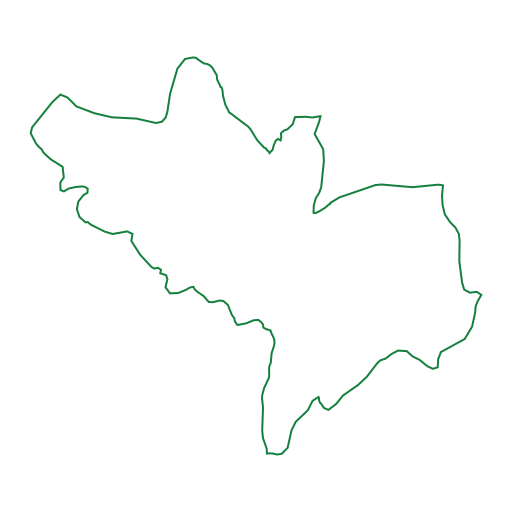 map outline of Kogi (orthographic projection)
{"feature_id": "NGA-2865", "entity_name": "Kogi", "entity_type": "State", "adm_level": 1, "iso_a3": "NGA", "parent_name": "Nigeria", "parent_adm1": "", "projection": "orthographic", "projection_center": [6.621, 7.634], "detail": "fine", "context": "isolated", "style": "outline", "palette": "green", "viewbox_px": 512, "rotation_deg": 0, "n_neighbors": 0, "source": "natural_earth", "source_scale": "10m", "svg_char_len": 2644}
<svg xmlns="http://www.w3.org/2000/svg" viewBox="0 0 512 512"><path d="M443.0,185.4L442.0,195.8L442.6,205.3L444.8,214.3L450.1,222.2L455.3,227.4L458.8,233.8L459.6,240.3L459.3,261.1L462.1,282.6L464.2,289.6L470.0,292.7L476.8,291.8L481.3,294.9L477.7,301.2L475.6,306.5L475.2,312.2L472.1,326.6L464.7,339.0L441.0,352.0L438.2,359.1L437.7,367.3L432.9,368.8L427.2,366.1L419.5,359.8L412.7,356.5L406.7,351.1L398.0,350.6L391.5,354.0L385.8,358.5L380.2,360.4L377.0,363.5L366.8,376.8L357.9,385.1L343.0,395.5L336.3,403.8L328.4,409.9L323.9,407.9L321.1,403.7L319.9,402.6L319.0,400.0L319.0,398.4L318.5,397.0L312.6,400.8L307.8,410.3L295.7,421.8L291.5,430.4L287.6,447.9L281.7,453.8L277.2,454.5L272.5,453.5L268.5,453.3L266.9,453.6L266.9,451.1L266.6,448.4L263.0,438.2L262.2,430.6L263.0,407.6L262.0,398.1L262.2,395.1L264.1,388.1L268.8,378.1L269.2,376.5L269.1,368.6L269.2,366.8L270.8,362.5L271.6,353.2L273.8,346.6L274.5,343.3L274.3,339.8L273.8,338.2L270.9,332.0L270.6,330.5L265.9,329.0L263.4,327.6L263.0,324.5L261.0,322.0L258.3,319.9L253.5,320.3L246.3,323.3L237.4,325.0L235.0,321.6L234.3,318.2L231.9,315.0L227.9,305.0L223.4,301.0L219.7,300.5L212.9,302.2L208.8,302.0L203.8,296.2L197.8,292.1L195.2,289.9L193.3,286.8L189.9,287.5L186.3,289.7L178.0,293.1L169.9,293.3L165.5,287.2L167.4,279.3L166.1,275.2L160.3,273.3L161.0,269.8L158.0,267.8L154.4,268.6L151.4,266.9L140.2,254.8L131.3,240.9L132.5,233.9L127.1,231.4L112.7,234.0L104.7,231.6L90.7,224.6L87.8,222.1L85.4,222.3L79.5,217.0L76.9,209.2L78.3,201.6L83.4,195.1L87.4,192.8L87.7,188.8L85.1,186.9L81.8,186.4L75.2,187.1L68.7,188.5L63.9,191.4L60.5,190.1L60.3,182.5L63.8,177.5L62.6,166.8L50.7,159.3L43.5,152.7L41.7,149.4L38.6,146.6L36.0,143.5L30.7,133.3L32.1,127.4L52.5,101.9L60.4,94.6L67.5,97.5L76.4,106.4L94.3,113.2L111.8,117.3L136.5,118.6L156.0,123.0L161.9,121.8L165.6,117.5L167.3,112.2L170.1,93.7L177.4,68.7L185.0,59.0L192.8,57.5L195.9,57.8L197.2,58.9L203.8,63.4L207.3,64.0L210.2,65.5L212.4,67.8L216.8,75.3L217.0,78.6L217.3,80.0L220.1,85.6L220.5,87.1L221.5,87.3L222.1,88.8L222.5,90.4L223.0,95.7L225.2,104.3L229.3,112.7L230.7,113.4L248.3,126.7L250.4,129.1L257.3,140.3L264.0,147.5L266.2,148.6L266.4,149.6L269.0,151.9L269.5,153.1L272.5,149.9L273.8,145.2L275.7,140.7L278.0,138.9L280.5,140.4L281.3,137.4L280.9,133.4L283.8,130.6L287.4,129.3L292.7,124.3L295.0,117.1L305.9,116.8L312.5,117.5L318.9,116.4L320.5,116.2L319.0,122.3L314.6,134.0L323.2,149.2L323.9,161.0L321.2,187.4L319.1,193.0L315.8,198.1L313.8,205.3L313.5,212.8L315.0,213.2L319.2,211.4L325.3,207.6L328.8,204.5L330.1,203.9L330.3,202.9L339.4,197.4L375.3,185.1L381.3,184.5L412.6,187.2L437.8,184.7L440.7,184.9L443.0,185.4Z" fill="none" stroke="#15803d" stroke-width="2"/></svg>